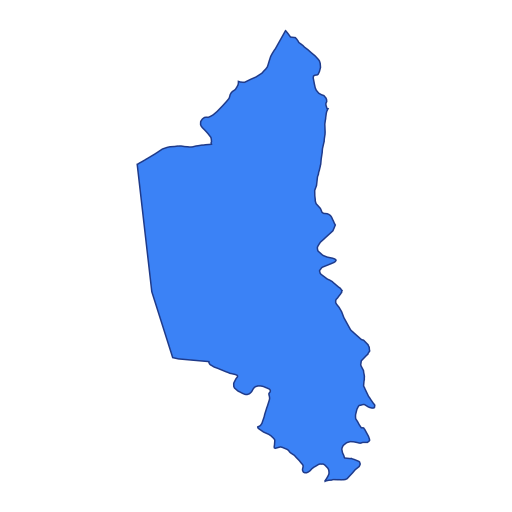 the district of H'Erelle, Laborie, Saint Lucia
{"feature_id": "8701671B98929881441736", "entity_name": "H'Erelle", "entity_type": "district", "adm_level": 2, "iso_a3": "LCA", "parent_name": "Saint Lucia", "parent_adm1": "Laborie", "projection": "mercator", "projection_center": [-60.985, 13.756], "detail": "fine", "context": "isolated", "style": "filled", "palette": "blue", "viewbox_px": 512, "rotation_deg": 0, "n_neighbors": 0, "source": "geoboundaries", "source_scale": "gbopen_adm2", "svg_char_len": 6072}
<svg xmlns="http://www.w3.org/2000/svg" viewBox="0 0 512 512"><path d="M208.9,361.6L208.9,362.5L209.6,364.0L210.5,364.9L211.5,365.4L213.4,366.6L214.3,367.1L217.4,368.2L226.1,371.8L228.1,372.5L230.1,373.4L231.0,373.5L234.9,374.4L235.8,374.7L237.3,375.4L237.5,375.9L237.5,376.7L237.2,377.3L236.8,377.7L236.0,378.7L234.0,382.6L233.7,383.5L233.7,384.2L233.8,386.5L234.5,388.0L237.8,390.9L238.6,391.4L239.8,391.9L242.4,393.3L244.8,394.3L245.8,394.5L247.2,394.5L249.3,393.8L250.4,392.9L251.5,391.8L252.2,390.7L252.8,389.5L253.3,388.8L253.9,388.0L254.4,387.4L255.8,386.5L256.9,386.3L257.8,385.9L259.1,385.9L260.4,385.9L262.6,386.3L263.9,386.7L264.8,387.1L265.7,387.5L267.0,388.0L269.2,389.0L269.7,389.4L270.0,389.8L270.4,390.8L270.2,391.7L269.8,392.4L269.0,393.3L268.9,393.9L269.0,395.0L269.3,395.9L269.6,397.9L269.6,398.7L269.3,400.1L267.3,406.4L266.8,407.6L266.3,409.3L264.7,414.4L264.2,416.7L261.9,423.4L260.8,425.0L260.3,425.6L259.5,426.1L259.1,426.3L258.6,426.5L257.8,426.8L257.7,427.0L258.0,428.0L259.1,429.0L263.5,432.0L264.8,432.6L268.2,434.1L268.7,434.3L271.1,435.9L272.1,436.9L273.1,437.8L274.4,439.3L274.7,439.9L274.8,440.8L274.6,443.1L274.5,444.7L274.2,446.7L274.2,447.2L274.4,447.9L275.3,448.3L277.1,447.8L278.6,447.4L280.5,446.9L282.4,447.4L283.1,447.7L287.2,449.4L288.6,450.5L289.5,451.8L290.5,452.8L292.9,454.4L293.9,455.0L294.6,455.6L296.0,457.2L299.3,460.6L300.7,462.4L301.7,463.6L302.6,464.6L303.0,465.4L303.1,466.6L303.0,467.2L302.8,468.0L302.5,469.4L302.6,470.5L303.0,471.4L303.5,472.2L304.6,472.7L306.4,472.8L307.9,472.2L309.0,471.5L310.1,470.7L311.9,468.7L312.7,468.1L314.0,467.1L315.5,466.3L318.6,464.4L319.9,464.0L321.8,464.1L322.8,464.0L323.5,464.2L324.4,464.7L325.2,465.4L327.1,467.4L327.7,468.0L328.3,469.0L328.8,470.3L329.0,472.2L329.0,473.2L328.8,474.3L328.4,475.2L328.0,476.0L326.6,478.5L325.0,480.8L325.1,481.3L325.6,481.0L326.3,480.8L329.0,480.2L331.4,480.1L333.0,479.6L334.4,479.6L337.1,479.7L339.3,479.7L341.4,479.8L343.1,479.7L344.1,479.7L344.3,479.6L345.3,479.5L347.1,478.7L348.3,477.4L349.2,476.4L352.5,472.9L355.2,469.7L359.1,466.6L359.7,465.4L360.2,464.0L359.5,461.9L359.0,461.6L358.9,461.4L354.3,459.5L352.0,458.8L351.3,458.4L350.4,458.6L344.7,458.0L344.4,457.6L343.9,455.9L343.3,454.4L342.8,453.5L342.5,452.7L341.8,449.3L342.1,447.8L342.9,446.0L343.6,445.1L346.5,442.8L347.5,442.4L350.3,441.6L353.7,441.8L358.0,442.7L358.6,442.9L359.9,443.1L360.9,443.1L361.7,442.7L362.1,442.6L362.9,442.4L367.5,442.4L368.5,441.5L368.9,441.3L369.6,440.4L369.5,439.3L368.5,436.4L367.2,434.0L364.7,429.4L364.0,428.6L363.7,428.0L363.4,427.9L362.5,427.8L361.7,427.8L361.3,427.8L359.2,424.7L357.6,421.7L355.9,419.1L355.6,418.3L355.5,415.9L355.6,414.5L356.9,409.3L358.3,406.5L359.2,405.4L360.8,405.2L361.9,404.8L363.3,404.5L364.2,404.5L364.9,404.8L368.1,406.8L368.6,407.0L369.4,407.4L372.1,408.1L372.9,408.0L373.7,408.0L374.1,407.8L374.2,407.4L374.6,407.1L374.6,405.8L374.8,405.3L374.6,404.8L373.1,403.0L370.8,399.7L369.7,397.9L368.5,396.3L364.6,388.1L364.5,387.6L363.9,386.7L363.6,386.0L363.7,384.3L364.0,381.0L364.3,379.7L364.3,378.1L364.4,376.3L364.1,374.5L363.7,372.5L363.5,370.6L361.1,366.0L361.0,365.7L360.7,364.8L361.3,360.8L366.4,355.5L367.9,354.2L368.0,353.5L369.7,351.0L369.4,349.5L369.2,347.2L368.5,345.9L368.3,345.5L368.1,344.8L363.7,340.3L363.1,340.0L362.7,340.0L361.4,339.5L360.5,338.8L351.2,330.5L350.5,329.7L344.0,317.9L343.8,317.5L341.7,311.9L339.1,307.4L336.6,304.3L335.7,302.7L335.7,300.4L336.3,299.2L337.5,298.0L338.7,296.3L340.6,293.9L340.9,293.2L341.6,292.6L341.7,291.4L342.1,290.5L341.2,289.7L341.0,289.2L340.0,288.0L338.7,287.2L332.8,282.2L332.4,281.7L329.5,280.0L328.0,279.4L326.8,278.7L321.0,274.3L320.2,273.3L319.5,270.9L319.7,270.4L321.5,267.9L322.1,267.4L322.6,267.1L333.9,262.5L334.2,262.2L334.5,262.1L335.3,261.5L336.0,260.4L335.7,259.6L334.3,258.8L332.5,258.2L327.2,257.1L323.2,255.5L322.3,254.9L318.5,251.5L317.8,250.7L317.4,248.6L317.4,247.2L318.2,245.6L319.0,244.3L320.3,242.3L332.9,230.8L333.7,228.9L334.2,227.8L334.4,227.2L335.3,225.0L334.3,223.2L333.3,220.8L332.7,219.7L331.7,217.4L331.2,216.6L330.3,215.4L330.0,215.3L328.8,214.4L327.1,213.7L325.0,213.5L323.6,213.4L322.1,212.4L321.9,212.1L321.0,209.8L320.4,208.5L320.1,208.1L316.2,203.8L315.9,203.1L315.2,200.7L315.3,200.1L314.8,195.8L314.7,190.4L316.5,185.5L317.5,176.7L318.0,175.4L318.4,174.3L318.6,172.6L319.4,170.0L319.5,169.4L320.3,166.1L320.3,165.7L320.4,165.2L320.6,164.9L320.6,164.6L320.7,164.3L321.2,158.9L321.9,154.3L322.2,152.3L322.3,150.5L322.5,148.5L323.9,142.4L323.9,142.1L324.1,141.8L324.3,138.9L325.0,134.3L325.1,132.0L324.8,124.1L325.4,119.8L325.6,119.1L325.7,117.5L326.3,113.2L326.7,111.5L328.0,108.7L327.0,108.6L325.9,105.0L325.9,103.3L326.7,101.6L326.6,99.8L326.0,98.1L323.9,95.6L321.4,94.7L318.7,93.2L316.3,90.3L315.2,87.8L314.4,84.1L313.2,77.9L313.5,76.0L314.9,75.2L317.2,74.9L318.1,74.3L319.4,71.6L320.5,67.4L320.2,63.4L319.4,60.9L318.4,59.5L315.2,56.0L311.0,52.5L307.9,49.7L304.4,47.1L302.9,45.5L298.8,42.5L298.1,41.1L296.6,39.0L295.3,37.6L290.6,37.1L290.3,36.8L288.0,33.6L285.9,31.0L285.5,30.7L275.3,48.9L274.3,50.2L272.2,53.6L270.7,56.4L269.3,60.7L268.0,65.0L267.3,67.0L265.7,69.1L264.0,70.8L261.9,73.2L256.0,77.0L250.7,79.3L244.6,82.3L242.9,82.3L241.4,82.1L240.6,82.1L238.4,81.4L238.4,82.2L238.3,83.7L237.9,85.2L236.9,87.0L235.6,89.1L234.7,90.0L232.4,91.5L231.2,92.8L230.2,94.6L229.4,97.5L228.9,98.6L226.4,101.6L222.8,105.6L217.1,111.5L215.0,113.3L213.2,114.8L211.9,115.6L210.0,116.6L208.1,117.4L207.0,117.2L205.4,117.3L204.4,117.5L202.4,119.0L201.2,120.7L200.7,121.6L200.6,123.1L200.6,124.7L201.2,126.1L202.3,127.6L204.8,130.1L207.9,133.5L210.9,137.4L211.3,139.1L211.5,141.7L211.1,142.8L211.5,144.2L210.2,144.4L206.0,144.7L203.2,145.1L201.8,145.1L197.7,145.8L196.0,146.0L192.5,146.9L191.1,147.0L189.2,147.0L188.0,146.8L186.4,146.7L184.7,146.6L183.6,146.4L181.0,146.0L177.2,146.1L174.7,146.5L172.6,146.6L169.8,146.8L167.2,147.4L163.6,148.6L162.3,149.1L161.4,149.7L157.5,152.3L154.9,154.0L142.1,161.6L139.7,162.9L137.8,164.1L137.2,164.3L151.8,291.7L172.7,357.6L178.5,358.9L208.9,361.6Z" fill="#3b82f6" stroke="#1e3a8a" stroke-width="1.5"/></svg>